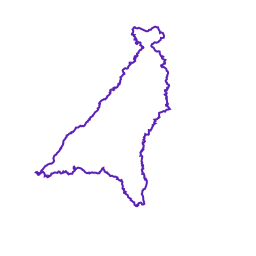 Serra do Navio, Amapá, Brazil, rotated 222°
{"feature_id": "56859067B94822080065950", "entity_name": "Serra do Navio", "entity_type": "district", "adm_level": 2, "iso_a3": "BRA", "parent_name": "Brazil", "parent_adm1": "Amapá", "projection": "orthographic", "projection_center": [-52.252, 1.643], "detail": "fine", "context": "isolated", "style": "outline", "palette": "violet", "viewbox_px": 256, "rotation_deg": 222, "n_neighbors": 0, "source": "geoboundaries", "source_scale": "gbopen_adm2", "svg_char_len": 5909}
<svg xmlns="http://www.w3.org/2000/svg" viewBox="0 0 256 256"><g transform="rotate(222 128 128)"><path d="M111.9,157.1L112.4,157.1L115.0,160.1L113.4,162.8L112.9,164.4L111.4,165.0L111.7,166.5L111.2,168.0L110.6,168.4L109.6,170.1L113.5,170.8L113.7,170.4L114.6,170.1L115.3,170.7L114.4,172.5L114.7,172.8L115.6,172.6L117.0,174.2L119.8,175.6L119.8,176.1L119.2,176.2L120.3,177.4L120.9,177.3L122.0,178.1L122.4,177.4L123.1,177.5L122.3,179.5L123.4,180.3L124.9,180.0L125.8,180.7L125.0,182.2L124.5,182.4L124.8,183.7L125.7,183.8L125.9,184.2L125.2,185.2L125.8,187.0L126.7,187.5L127.6,187.0L128.7,186.9L129.4,187.8L130.3,187.6L131.7,188.4L131.8,190.4L133.3,191.3L133.2,192.5L134.0,193.2L134.8,195.4L135.7,196.3L136.5,196.6L137.3,196.3L138.9,197.4L139.9,197.5L142.2,197.3L143.3,196.0L144.5,196.1L145.2,196.5L145.3,197.1L144.4,198.0L144.6,199.3L143.6,200.5L144.1,201.2L145.0,201.1L145.3,201.3L145.7,203.6L147.4,202.8L149.2,202.5L149.9,203.0L149.5,204.5L150.3,204.5L150.9,203.7L151.6,203.5L154.2,204.6L155.7,206.0L156.7,205.5L157.7,204.1L159.4,203.7L162.8,204.8L164.6,204.3L165.7,204.6L166.3,206.5L165.8,207.1L165.6,209.5L163.9,210.4L162.9,212.4L163.1,213.3L162.7,215.3L163.8,217.0L162.4,218.1L161.9,219.1L163.0,220.7L165.6,221.9L167.1,221.4L167.8,220.0L169.4,221.3L171.3,221.8L173.0,222.9L173.9,222.1L175.5,221.6L176.0,220.7L177.0,217.8L176.7,216.4L178.1,214.9L177.8,213.8L178.2,213.0L179.3,212.1L187.0,209.7L187.6,208.3L189.2,207.4L190.5,207.5L190.7,207.2L190.9,206.3L190.4,205.4L190.6,204.3L189.1,203.7L188.2,202.5L188.0,201.5L188.2,200.9L187.7,200.1L187.3,200.1L185.5,201.5L185.3,200.4L184.9,200.1L183.8,200.4L182.4,199.9L182.7,198.7L182.3,198.0L181.7,198.4L181.2,199.5L180.4,199.2L179.2,197.9L179.4,196.7L178.7,196.2L177.7,196.3L177.4,196.8L177.4,197.3L178.3,198.3L178.2,198.7L177.3,198.7L176.3,199.7L175.9,199.8L174.7,198.8L174.3,197.7L171.1,198.4L170.3,198.0L170.3,197.5L171.2,196.6L170.5,195.2L171.2,193.8L171.2,192.0L170.5,190.9L171.1,189.3L170.9,188.9L169.4,188.3L169.2,187.4L170.9,186.1L170.8,185.6L169.5,185.5L169.1,185.1L169.1,184.7L170.1,184.0L169.8,183.3L168.9,183.0L168.0,183.2L167.5,182.5L168.1,179.6L170.5,177.7L170.0,177.1L169.6,177.4L168.8,177.2L168.9,173.8L168.1,172.7L168.6,171.2L170.2,170.5L170.7,167.8L170.3,167.0L168.6,166.2L167.7,166.4L166.8,165.7L167.4,164.5L167.2,162.0L167.6,160.6L165.9,159.6L165.7,158.2L164.4,156.8L164.5,155.9L163.7,155.4L163.6,155.0L164.1,154.9L164.6,154.1L163.8,153.3L163.3,151.0L164.0,150.2L163.9,149.7L164.9,149.2L164.8,148.7L165.3,148.7L165.6,148.0L164.9,147.2L164.0,147.1L164.1,146.7L164.2,146.3L165.3,146.3L166.1,145.5L166.5,144.2L165.4,143.5L165.4,142.3L164.4,142.2L164.2,140.2L164.7,137.6L164.3,137.4L163.9,135.7L164.2,135.3L164.0,134.1L165.1,133.5L165.2,132.7L165.9,131.5L166.2,128.6L165.9,127.1L165.1,127.3L164.8,127.0L164.7,125.7L163.7,125.1L163.2,124.1L163.6,122.5L163.1,122.5L162.6,122.0L162.4,120.5L163.0,117.5L162.5,114.9L162.7,113.9L162.2,113.3L163.1,110.7L162.5,109.8L162.9,108.9L162.6,108.6L162.3,108.9L162.0,108.6L162.7,106.8L162.1,105.7L162.6,105.1L162.7,104.1L161.9,100.6L162.5,99.3L163.2,99.2L164.0,97.9L164.9,97.8L165.4,95.0L167.0,93.3L166.4,91.9L166.1,88.5L166.7,88.1L167.3,86.8L166.6,86.2L167.8,84.8L167.9,82.9L168.6,81.4L167.7,80.6L167.9,79.2L167.4,78.5L167.4,75.5L166.9,74.5L166.0,73.6L165.7,72.7L165.4,72.6L165.0,71.4L164.5,67.6L164.1,67.8L163.7,64.2L164.0,62.0L163.5,60.2L164.0,59.6L164.1,57.7L163.1,55.5L160.9,54.1L160.6,52.6L160.8,50.9L161.4,49.8L162.1,49.4L163.4,46.7L163.3,45.6L164.0,44.6L163.6,39.2L163.9,38.9L163.7,37.8L163.1,37.2L163.6,34.9L165.3,34.4L166.1,34.5L166.7,33.8L166.7,33.3L166.0,33.6L163.3,33.1L163.0,33.4L162.6,36.9L161.5,38.6L159.9,38.4L158.4,37.5L157.6,36.5L157.2,37.8L155.0,37.5L154.4,38.3L154.5,38.8L155.2,39.3L154.0,40.0L153.7,41.0L154.4,43.0L153.7,43.5L152.7,46.0L150.3,47.5L150.5,49.2L149.5,49.8L148.2,49.3L147.5,49.3L146.6,50.7L147.0,52.3L145.9,52.1L145.3,54.3L144.8,54.4L144.0,53.7L142.8,54.4L141.8,53.8L141.1,53.8L140.3,55.5L138.9,56.5L138.8,57.0L139.5,58.4L139.0,60.5L139.2,61.2L141.4,61.6L142.3,62.9L142.1,63.3L139.7,62.3L139.1,62.8L139.1,63.8L138.5,65.2L136.4,66.3L135.0,66.7L133.9,66.4L132.8,66.9L130.5,66.5L128.7,66.8L128.0,67.2L127.2,68.7L126.3,68.4L125.1,71.0L124.2,71.2L121.8,73.4L120.4,73.8L119.2,74.9L119.1,75.9L119.6,76.2L119.3,78.6L120.0,80.7L119.6,81.8L118.8,80.9L117.5,80.9L116.2,80.0L114.1,80.3L114.0,81.0L113.6,81.1L112.1,80.6L110.7,80.9L109.5,80.4L109.0,80.5L107.9,81.8L105.7,82.4L104.7,83.6L103.6,83.7L102.8,84.2L102.3,83.9L102.0,82.8L101.1,83.4L99.7,83.3L97.9,83.8L98.3,84.6L98.1,85.0L96.9,84.3L96.0,84.2L95.0,82.4L92.9,81.4L91.6,79.3L91.2,79.2L90.1,80.0L89.1,78.6L87.2,78.9L87.7,77.3L87.4,77.1L86.0,77.8L85.5,77.5L83.3,77.9L81.5,76.7L78.4,77.3L78.0,76.2L77.1,76.2L76.3,76.6L75.1,76.3L73.6,76.9L71.8,75.3L69.7,75.4L68.8,76.2L68.8,77.5L69.7,77.4L69.4,78.4L69.8,79.2L68.6,81.1L68.0,81.3L66.3,80.6L65.5,81.4L65.1,82.4L66.6,83.7L68.7,84.9L69.9,86.3L72.0,87.7L73.6,88.1L73.9,89.1L75.4,91.3L75.1,92.0L75.5,92.9L74.7,94.1L75.9,97.3L76.9,99.2L78.4,101.2L80.3,102.0L80.3,101.2L80.7,101.0L82.2,101.8L82.5,102.3L82.8,102.1L84.2,103.8L85.4,104.1L85.6,104.4L86.7,103.5L87.4,104.9L88.2,105.0L88.3,105.4L89.7,106.1L90.0,107.2L89.4,107.9L89.6,108.2L90.1,107.9L90.7,108.4L91.6,110.2L92.3,110.5L92.7,109.8L93.2,110.6L94.2,110.9L94.5,112.0L95.7,112.3L98.4,116.5L99.9,116.4L100.2,115.8L100.8,117.0L102.3,118.0L102.5,118.9L102.1,119.3L102.1,120.2L102.9,120.5L102.8,121.2L102.2,121.4L102.3,122.4L102.9,122.3L103.3,122.8L103.3,123.7L104.7,125.6L105.6,125.7L106.1,126.5L106.6,126.2L107.3,126.9L107.5,127.3L106.5,128.2L106.5,129.4L107.4,129.8L108.7,129.5L108.7,131.2L109.0,131.7L110.0,131.7L110.1,133.3L111.1,135.0L110.0,135.2L109.2,136.2L108.3,136.7L108.4,137.5L111.1,140.4L109.5,141.3L109.9,142.2L109.9,143.4L110.4,144.2L110.8,146.5L111.6,146.7L110.8,149.6L111.7,149.2L112.2,149.5L112.6,150.8L112.3,151.6L113.9,151.9L112.3,154.0L112.4,155.4L112.0,155.9L111.9,157.1Z" fill="none" stroke="#5b21b6" stroke-width="2"/></g></svg>